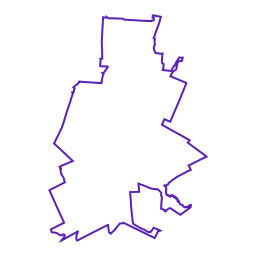 outline of Pantelimon, Constanta, Romania
{"feature_id": "2599482B44343640744399", "entity_name": "Pantelimon", "entity_type": "district", "adm_level": 2, "iso_a3": "ROU", "parent_name": "Romania", "parent_adm1": "Constanta", "projection": "albers", "projection_center": [28.363, 44.596], "detail": "fine", "context": "isolated", "style": "outline", "palette": "violet", "viewbox_px": 256, "rotation_deg": 0, "n_neighbors": 0, "source": "geoboundaries", "source_scale": "gbopen_adm2", "svg_char_len": 5498}
<svg xmlns="http://www.w3.org/2000/svg" viewBox="0 0 256 256"><path d="M183.7,89.8L186.3,83.0L186.2,82.8L180.8,80.6L172.7,77.2L171.1,76.6L170.4,76.4L170.9,75.5L171.1,74.7L171.6,73.6L171.9,73.3L172.1,72.8L172.3,72.4L173.6,71.2L175.3,70.0L176.0,69.6L176.4,68.9L176.7,67.3L176.8,65.8L177.3,64.0L177.5,62.9L177.6,62.7L178.8,61.4L181.9,60.8L182.7,57.7L179.1,57.6L177.6,60.1L176.7,61.3L176.6,61.5L174.7,65.3L174.6,65.8L174.2,65.8L172.3,68.6L172.1,69.1L171.5,71.0L165.3,70.3L162.7,70.1L163.5,67.1L163.5,63.8L163.4,63.7L162.6,63.5L162.2,63.2L162.0,62.7L161.9,60.3L162.2,55.9L162.6,53.7L162.1,53.9L161.8,53.9L156.2,53.1L155.6,53.0L155.4,52.9L154.3,50.1L154.1,49.6L153.9,48.8L153.8,47.8L153.9,46.7L154.7,45.2L155.0,44.4L154.8,44.1L154.7,43.1L154.6,41.3L154.7,39.9L154.9,38.9L154.8,38.6L154.3,38.3L153.9,38.2L153.7,38.2L153.8,37.7L154.5,36.1L154.7,35.3L155.8,32.0L155.9,31.9L156.9,29.0L157.1,28.5L157.3,28.0L157.7,27.2L157.8,26.5L158.5,24.8L159.1,23.2L160.2,19.2L160.9,16.8L156.9,16.0L154.4,15.6L152.8,15.4L152.6,17.4L153.8,17.7L153.7,20.3L151.7,20.6L151.6,21.1L145.9,20.9L128.6,19.9L124.0,19.6L123.3,18.9L122.9,18.7L117.7,18.5L116.1,18.4L108.8,18.3L108.4,18.2L107.7,17.7L107.0,17.4L106.8,17.2L106.6,17.3L106.5,17.2L106.5,17.4L105.8,17.7L103.1,17.2L101.9,38.8L101.8,40.9L101.8,42.9L102.0,48.2L102.2,49.8L102.1,51.1L102.2,54.6L102.2,58.7L100.5,58.8L100.7,59.1L100.7,59.4L100.1,65.7L100.2,66.0L100.3,66.1L100.5,66.3L107.0,66.4L107.5,66.5L107.8,66.9L103.9,72.6L102.4,73.0L103.5,74.2L102.5,76.6L102.4,78.0L101.9,80.0L101.9,80.8L101.4,82.4L101.4,83.1L87.0,82.2L79.1,81.6L79.0,82.5L78.8,82.6L77.6,83.8L77.4,84.2L76.7,84.7L76.1,84.9L75.3,85.7L74.5,86.6L74.2,86.8L73.8,87.0L73.4,87.3L74.6,88.5L73.9,90.0L74.0,90.7L73.6,92.0L73.1,92.4L72.8,92.4L72.7,92.4L72.4,92.1L72.2,92.1L72.2,92.3L72.4,92.4L72.5,92.7L72.5,92.8L72.7,93.0L73.1,93.1L72.4,94.8L70.8,99.7L69.7,103.3L68.9,105.5L66.0,114.4L63.4,123.2L61.7,127.9L57.1,137.4L54.0,143.5L60.8,149.7L72.8,161.0L63.3,165.0L59.6,166.7L60.5,168.2L60.9,168.3L61.0,168.7L60.3,168.9L61.1,173.7L61.4,174.3L62.9,176.6L63.5,177.7L63.9,179.0L64.5,181.2L64.8,182.4L64.5,182.5L49.4,190.2L52.8,197.8L58.0,209.4L61.1,216.3L64.1,222.7L50.9,229.4L51.2,229.9L51.3,231.4L51.4,231.7L51.6,232.0L52.0,232.3L55.0,232.6L56.7,233.1L57.8,233.7L58.8,234.5L60.1,235.0L61.0,235.4L61.3,235.4L61.9,235.2L62.4,234.9L63.1,234.3L63.3,234.3L63.6,234.5L64.3,234.6L64.6,235.0L64.8,235.6L63.5,238.2L61.5,240.2L61.3,240.6L77.7,231.5L77.9,231.6L76.4,236.0L76.3,238.5L76.4,239.0L77.2,240.6L84.3,236.9L87.3,235.4L88.1,234.9L107.9,224.9L108.0,224.9L108.9,232.0L109.0,232.2L110.6,233.7L115.6,229.0L115.5,228.9L115.9,228.1L119.9,223.5L122.5,223.4L123.1,223.0L123.4,222.7L154.7,238.0L158.0,231.3L160.4,230.6L160.1,230.4L159.0,230.0L158.7,229.9L156.1,228.8L153.7,227.8L152.1,229.9L151.8,230.6L150.7,232.0L148.6,232.0L148.0,231.9L146.7,231.2L145.3,230.4L144.8,229.9L143.9,229.5L143.3,229.4L139.3,227.4L133.2,223.8L132.7,221.8L132.2,216.8L132.0,216.0L131.6,211.8L131.2,207.5L130.8,200.7L130.1,192.1L139.2,191.8L138.5,183.6L145.5,186.2L150.1,188.3L155.1,189.2L157.1,189.1L157.4,189.6L158.1,189.6L158.3,189.7L161.0,192.5L161.2,192.8L161.3,193.1L161.1,195.6L161.8,196.8L161.9,197.4L161.9,197.9L161.3,203.9L161.2,208.5L161.2,208.8L164.4,209.9L164.4,210.3L164.5,210.9L165.3,211.5L165.5,211.5L166.0,211.0L165.9,210.6L166.3,210.4L168.4,208.8L169.2,208.3L170.2,208.2L170.6,208.4L173.3,210.1L175.1,211.3L176.1,212.2L177.2,212.7L180.3,214.8L190.6,207.3L190.7,206.2L190.9,205.6L191.0,205.5L191.0,205.4L190.9,205.0L190.7,205.0L190.4,205.2L190.4,205.3L189.9,205.2L189.4,205.4L189.4,205.6L189.4,205.9L188.4,206.7L188.1,206.7L187.8,207.1L187.5,206.7L187.4,206.6L187.0,206.9L186.8,206.9L186.6,206.9L186.2,207.1L185.9,207.1L185.7,207.2L185.4,207.2L185.3,207.4L185.1,207.5L184.9,207.4L184.8,207.1L184.3,207.0L183.9,206.6L183.5,206.6L182.6,205.6L182.6,205.4L182.6,205.2L182.2,205.0L182.1,204.8L181.9,204.8L181.6,204.9L181.3,204.8L180.4,204.3L180.0,203.9L179.8,203.8L179.5,203.1L179.4,202.7L179.2,202.4L178.8,202.1L179.0,201.5L178.9,201.3L178.8,201.2L178.6,201.2L178.0,201.4L177.7,201.4L177.4,201.0L177.4,200.8L177.9,200.8L178.1,200.7L178.1,200.4L177.4,199.8L177.4,199.7L177.5,199.5L177.6,199.2L177.4,198.9L177.1,199.1L176.6,198.9L176.7,198.5L176.7,198.2L176.3,198.1L176.1,198.4L175.9,198.4L175.7,198.4L175.5,198.1L175.9,198.0L176.1,197.8L176.1,197.6L175.8,197.3L175.3,197.2L175.0,196.6L174.3,196.8L173.9,196.8L173.8,196.7L173.7,196.9L173.3,196.8L173.2,196.7L173.5,196.3L173.4,196.0L173.2,195.6L173.0,195.4L172.5,195.9L172.3,195.8L172.0,195.7L171.8,195.5L171.6,195.4L171.4,195.9L171.2,196.0L171.0,195.7L170.9,195.6L170.7,195.5L170.4,195.7L170.3,195.8L170.5,196.0L170.3,196.3L170.2,196.1L169.9,196.3L169.7,196.4L169.3,196.1L168.8,195.9L168.8,195.5L168.2,195.1L167.2,195.3L166.7,195.1L166.5,194.8L166.4,194.6L166.5,194.2L166.5,193.7L166.3,193.3L166.2,193.0L166.1,192.8L165.9,191.7L165.9,190.7L166.3,190.1L166.3,189.8L166.0,189.2L166.0,188.8L166.2,188.3L166.2,188.0L165.7,187.1L165.6,186.7L165.3,186.4L165.2,186.1L164.6,185.9L164.3,185.6L164.4,185.4L164.6,185.5L164.8,185.5L165.4,185.6L165.6,185.9L166.1,186.0L166.3,185.9L166.2,185.2L168.2,184.3L168.4,183.8L168.8,182.8L169.4,182.4L170.4,181.8L171.5,180.7L177.1,176.8L181.8,174.3L181.9,174.2L186.4,171.9L187.6,171.1L188.3,171.0L190.8,169.9L188.6,165.5L201.0,159.3L206.3,156.9L206.6,156.8L206.6,156.6L187.8,142.7L189.6,140.3L181.1,135.4L172.4,130.7L162.0,124.7L163.8,120.5L164.4,119.2L170.2,121.7L177.7,104.2L180.7,97.1L183.6,89.7L183.7,89.8Z" fill="none" stroke="#5b21b6" stroke-width="2"/></svg>